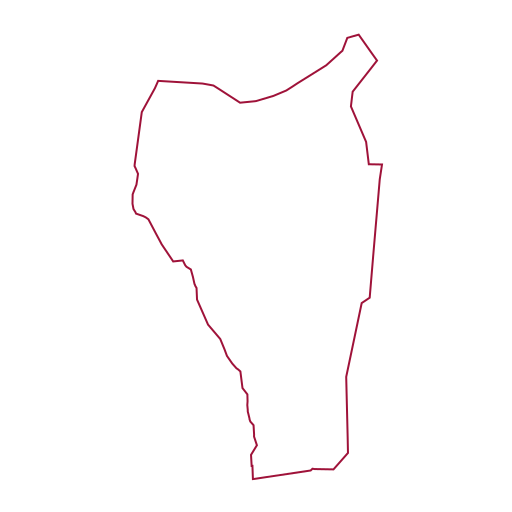 San Souci, Castries, Saint Lucia (Natural Earth projection), rotated 181°
{"feature_id": "8701671B431817219608", "entity_name": "San Souci", "entity_type": "district", "adm_level": 2, "iso_a3": "LCA", "parent_name": "Saint Lucia", "parent_adm1": "Castries", "projection": "natural_earth1", "projection_center": [-60.989, 14.017], "detail": "fine", "context": "isolated", "style": "outline", "palette": "rose", "viewbox_px": 512, "rotation_deg": 181, "n_neighbors": 0, "source": "geoboundaries", "source_scale": "gbopen_adm2", "svg_char_len": 1488}
<svg xmlns="http://www.w3.org/2000/svg" viewBox="0 0 512 512"><g transform="rotate(181 256 256)"><path d="M358.3,426.0L360.0,422.0L372.7,397.9L376.9,362.4L378.9,345.6L379.0,343.8L377.9,341.6L375.4,336.1L376.0,331.2L376.8,325.2L379.7,317.5L380.1,316.3L380.4,315.5L380.4,310.1L380.4,308.4L380.4,306.1L379.3,300.8L377.3,297.7L376.7,296.3L369.4,293.9L366.9,292.7L364.2,290.8L356.4,276.6L352.2,269.1L350.5,266.0L340.7,252.0L338.7,249.1L329.1,250.3L326.6,245.5L325.3,244.0L320.9,241.4L318.7,234.0L317.2,227.7L316.9,226.7L316.5,226.0L316.2,225.1L314.9,223.0L314.2,211.4L303.2,187.5L302.8,186.6L290.3,172.4L285.8,162.0L283.3,155.6L277.9,148.1L275.7,145.7L273.6,143.4L271.9,142.3L269.6,140.3L267.2,123.7L262.2,117.5L261.9,110.5L262.1,106.8L261.6,102.3L261.5,100.2L260.9,98.1L259.7,93.5L259.6,92.6L258.8,90.4L255.5,86.8L254.8,77.6L254.8,75.4L251.8,66.8L257.5,57.1L256.7,46.0L255.9,46.1L255.2,32.9L254.5,33.0L253.7,33.1L243.7,34.8L197.6,42.5L196.5,43.6L195.8,44.3L193.8,44.0L174.8,44.0L160.6,60.7L161.2,76.6L163.7,136.7L156.0,176.8L149.5,210.8L146.6,212.8L141.6,216.3L138.7,260.1L133.6,334.9L131.6,349.7L144.8,349.7L147.9,372.0L163.7,407.2L162.7,417.3L162.2,422.0L142.9,447.5L138.4,453.5L144.1,461.2L157.2,479.1L168.5,475.7L173.2,462.7L174.9,461.2L189.1,447.9L217.6,429.4L222.4,426.1L228.6,422.0L238.6,417.6L241.3,416.4L258.7,410.9L260.0,410.7L274.6,409.0L296.1,422.4L301.5,425.7L305.6,426.4L312.5,427.5L343.1,428.8L356.9,429.4L358.3,426.0Z" fill="none" stroke="#9f1239" stroke-width="2"/></g></svg>